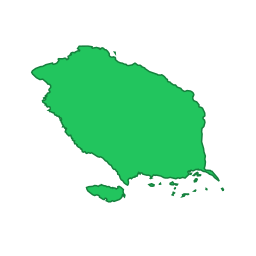 Pulau Morotai, Maluku Utara, Indonesia, rotated 278°
{"feature_id": "22746128B67952855762127", "entity_name": "Pulau Morotai", "entity_type": "district", "adm_level": 2, "iso_a3": "IDN", "parent_name": "Indonesia", "parent_adm1": "Maluku Utara", "projection": "robinson", "projection_center": [128.365, 2.304], "detail": "fine", "context": "isolated", "style": "filled", "palette": "green", "viewbox_px": 256, "rotation_deg": 278, "n_neighbors": 0, "source": "geoboundaries", "source_scale": "gbopen_adm2", "svg_char_len": 5751}
<svg xmlns="http://www.w3.org/2000/svg" viewBox="0 0 256 256"><g transform="rotate(278 128 128)"><path d="M177.1,34.9L176.6,32.8L174.1,28.3L171.3,25.4L169.7,24.9L168.2,26.0L165.1,30.3L163.7,34.0L164.5,36.8L161.6,41.3L160.4,42.4L160.2,44.5L159.0,45.6L157.4,45.8L155.2,44.4L153.9,44.7L153.6,45.5L152.7,45.7L152.0,45.2L151.3,43.5L149.4,42.8L148.6,41.7L148.0,41.9L148.4,43.0L147.8,43.1L146.0,40.3L145.5,40.6L145.9,41.2L145.8,42.3L145.0,42.5L143.7,41.4L143.9,40.6L143.3,39.5L141.8,40.0L140.3,43.3L139.4,42.8L139.2,44.1L138.3,44.3L138.0,45.2L137.6,45.3L138.1,46.6L138.1,47.4L137.6,48.0L135.8,48.5L134.4,46.8L134.3,47.8L133.4,48.3L133.5,49.1L132.6,51.7L132.9,52.5L130.9,53.6L130.6,54.6L130.8,55.3L129.9,56.0L130.0,57.1L129.5,57.8L129.8,58.3L128.2,59.1L128.8,59.3L128.6,60.3L127.5,61.0L126.6,60.0L126.2,60.0L126.1,60.9L124.8,60.9L124.2,61.7L122.9,62.2L121.6,63.5L120.1,63.1L120.4,64.4L119.1,65.3L119.4,66.2L119.0,67.1L118.5,67.1L118.2,66.4L117.3,66.8L116.0,66.3L115.3,66.5L115.0,67.4L114.0,67.9L112.0,70.5L112.5,72.0L112.9,71.6L113.3,71.6L112.9,71.7L112.9,72.3L110.1,73.6L110.3,73.9L109.7,74.7L108.5,74.6L107.9,75.6L107.7,76.9L106.9,76.6L105.0,77.4L105.2,78.2L104.5,79.4L104.0,79.6L104.1,79.9L103.4,79.9L102.3,81.4L101.6,83.5L101.0,83.9L100.9,84.5L100.6,84.3L100.2,85.3L98.2,86.1L97.9,87.3L98.6,88.6L97.2,90.1L97.1,90.7L98.1,92.1L97.8,94.3L98.5,95.2L95.4,102.0L95.2,103.9L95.7,104.9L94.7,107.4L92.4,110.2L92.0,111.8L89.7,114.1L88.9,115.6L88.8,116.5L85.9,118.6L85.1,119.9L85.3,121.1L83.5,122.7L83.2,123.6L80.8,124.3L80.3,125.9L77.3,127.3L75.7,128.6L75.2,130.0L73.0,132.0L71.8,134.3L71.4,135.6L72.7,136.1L74.6,136.0L76.5,135.2L78.1,136.1L78.8,137.4L78.2,138.4L79.8,139.8L80.4,141.8L81.2,141.8L81.6,143.7L84.5,144.3L84.3,145.1L85.3,145.1L84.3,146.4L85.2,146.5L85.4,148.0L84.4,149.1L83.9,153.2L84.2,154.9L83.7,156.5L82.8,157.8L83.4,158.8L85.0,159.7L84.9,161.6L85.3,162.5L85.0,167.3L83.8,170.5L83.7,172.1L84.0,174.2L85.0,176.6L84.4,182.5L85.7,184.4L85.4,186.3L86.7,189.0L86.4,191.5L90.9,195.0L92.2,193.6L93.2,193.4L95.0,196.4L94.6,197.3L94.7,198.6L96.5,201.1L96.4,202.5L96.6,202.4L97.0,203.4L96.3,204.3L96.4,204.8L96.0,204.7L96.5,204.8L96.6,206.0L95.5,208.6L95.5,211.0L94.4,214.1L93.7,214.9L93.0,218.0L92.3,219.2L91.0,220.5L88.1,225.7L90.8,223.9L96.8,217.2L96.8,216.3L97.4,215.5L97.1,210.6L98.7,209.1L101.3,209.5L105.2,209.4L107.8,208.4L111.0,208.5L115.0,206.5L118.2,205.7L124.6,202.8L132.4,202.2L134.5,201.4L137.9,201.3L140.0,202.9L144.3,203.4L146.5,202.6L147.2,201.4L148.1,200.9L149.2,201.0L150.7,202.4L153.5,201.9L158.0,199.0L158.7,197.2L158.7,195.6L159.4,195.1L160.8,195.1L163.4,192.4L164.1,189.6L164.8,188.8L165.9,188.1L168.3,187.8L168.5,188.2L169.6,188.5L170.4,188.5L171.8,187.6L172.8,186.1L173.3,184.6L173.3,181.3L172.4,179.8L172.1,178.4L173.2,176.1L174.6,174.8L175.3,171.1L177.2,169.1L177.0,167.0L178.5,164.1L179.3,163.2L179.4,161.3L180.1,160.6L181.6,160.2L182.0,159.0L183.9,157.0L184.9,155.2L185.4,154.0L184.9,152.7L184.7,150.1L185.2,149.5L186.8,141.3L189.2,136.5L189.8,136.2L190.6,132.9L191.0,132.9L191.8,131.4L191.5,129.0L193.1,126.3L193.1,125.7L191.0,123.2L189.8,119.5L190.0,118.0L190.8,117.2L190.7,115.5L191.4,113.5L191.4,111.5L192.1,108.9L194.0,106.0L195.5,105.9L196.2,105.2L196.4,103.6L196.1,103.5L195.8,101.7L196.3,100.2L197.1,99.4L199.1,99.0L201.1,97.2L202.3,95.5L202.4,93.8L203.3,93.0L203.8,91.7L203.5,90.7L202.7,90.1L202.8,89.6L202.5,89.9L202.0,89.4L203.2,86.9L203.4,85.6L202.1,81.7L202.5,81.1L203.4,81.2L203.5,80.6L203.5,76.9L202.2,68.3L199.6,67.0L198.3,69.3L197.6,69.2L197.4,67.5L195.8,65.1L195.2,64.9L195.1,62.4L194.3,61.2L193.1,60.7L193.1,61.5L192.6,61.6L190.6,58.7L188.5,59.5L187.9,58.5L187.5,58.6L187.2,57.7L188.3,56.7L188.4,55.8L187.4,53.5L187.0,49.7L186.5,49.3L185.2,50.1L182.6,48.7L181.6,47.4L180.7,45.3L181.0,44.6L181.8,44.2L179.3,37.9L177.1,34.9ZM67.6,109.2L67.1,107.7L66.0,106.7L66.5,104.8L66.4,102.9L65.3,101.2L64.5,97.5L63.3,95.2L61.8,95.8L60.1,97.0L57.1,102.2L56.5,104.4L57.5,106.4L57.2,108.1L56.6,109.2L55.6,109.4L53.8,113.5L53.9,114.5L55.3,115.2L55.2,116.3L54.3,117.1L53.0,116.5L52.2,119.1L52.5,121.1L53.8,122.5L53.4,124.4L56.0,129.4L57.2,130.6L59.2,131.7L61.1,131.8L61.8,132.9L64.7,131.9L66.4,132.0L68.2,129.3L69.0,127.2L68.4,126.1L67.3,126.4L66.0,124.8L66.7,123.6L66.7,122.1L66.2,121.5L66.9,121.1L66.3,119.5L67.4,117.3L66.9,115.1L67.5,114.2L67.5,112.0L68.2,109.4L67.6,109.2ZM75.3,161.8L76.1,159.2L74.9,156.6L73.7,158.3L73.7,160.0L74.2,161.6L75.3,161.8ZM79.1,177.4L78.1,177.6L77.9,178.8L78.0,180.8L78.8,181.6L80.8,179.7L79.1,177.4ZM68.4,191.8L67.6,191.3L68.4,193.2L69.9,193.7L70.5,195.0L70.4,196.5L71.1,197.7L70.5,192.6L69.4,191.3L68.4,191.8ZM85.7,202.0L84.9,200.9L83.9,201.3L84.5,202.9L85.2,203.2L85.9,202.4L86.3,203.6L86.9,203.7L87.3,203.0L86.9,201.9L86.3,201.6L85.7,202.0ZM90.7,203.2L90.3,203.4L90.4,204.2L91.0,206.3L91.6,206.5L91.8,205.8L91.4,204.3L90.7,203.2ZM61.0,134.3L61.7,133.8L61.2,132.9L59.7,133.4L59.2,134.1L61.0,134.3ZM80.3,231.1L81.5,230.1L81.0,229.2L79.4,230.5L79.6,231.0L80.3,231.1ZM93.7,202.8L92.6,201.4L91.9,202.4L92.3,203.2L93.1,203.7L93.7,202.8ZM79.2,184.9L79.3,183.1L79.2,182.2L78.3,182.9L78.2,183.7L78.3,184.5L79.2,184.9ZM71.3,181.7L68.9,181.7L68.9,182.1L70.2,183.1L70.8,181.8L71.3,181.7ZM91.7,200.6L90.1,199.3L90.1,200.1L91.1,201.1L91.7,200.6ZM75.8,203.7L75.9,203.4L74.7,202.2L74.8,203.4L75.8,203.7ZM91.7,196.3L90.8,196.3L90.9,196.8L91.9,197.1L91.7,196.3ZM77.8,167.8L76.9,167.0L76.7,167.0L77.0,168.1L77.8,167.8ZM78.9,213.8L78.1,213.8L77.9,214.6L78.4,214.7L78.9,213.8ZM75.9,183.2L74.6,182.6L73.8,182.3L74.7,183.2L75.9,183.2ZM82.0,157.3L81.2,157.0L81.1,157.4L81.7,158.4L82.0,157.3ZM200.3,104.9L201.2,104.7L201.2,104.1L200.3,104.9ZM93.5,195.7L93.8,195.6L93.8,194.7L93.1,195.2L93.5,195.7ZM68.3,181.5L68.1,181.0L67.9,181.0L67.8,181.8L68.3,181.5Z" fill="#22c55e" stroke="#15803d" stroke-width="1.5"/></g></svg>